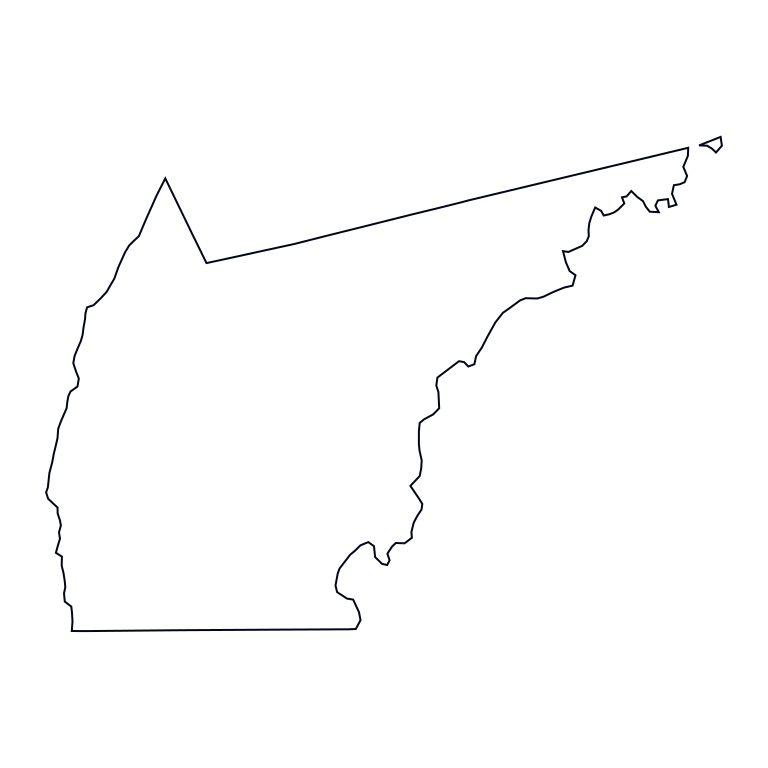 Lago Verde, Maranhão, Brazil (Robinson projection)
{"feature_id": "56859067B93982504925722", "entity_name": "Lago Verde", "entity_type": "district", "adm_level": 2, "iso_a3": "BRA", "parent_name": "Brazil", "parent_adm1": "Maranhão", "projection": "robinson", "projection_center": [-44.838, -3.983], "detail": "fine", "context": "isolated", "style": "outline", "palette": "ink", "viewbox_px": 768, "rotation_deg": 0, "n_neighbors": 0, "source": "geoboundaries", "source_scale": "gbopen_adm2", "svg_char_len": 2299}
<svg xmlns="http://www.w3.org/2000/svg" viewBox="0 0 768 768"><path d="M688.2,147.8L468.5,200.4L460.2,202.6L435.3,208.8L429.5,210.2L412.6,214.3L325.4,236.1L294.2,244.0L206.5,263.1L191.8,233.1L165.3,178.4L156.7,195.3L146.0,219.3L138.9,236.1L133.6,241.1L129.3,245.3L125.0,252.4L118.3,267.3L114.4,278.5L110.2,285.6L106.8,291.7L101.1,297.9L93.6,305.2L87.1,307.3L85.5,313.1L85.0,319.4L83.5,327.6L82.6,334.9L80.9,340.9L77.4,349.0L74.6,355.9L73.3,363.2L76.1,371.7L78.8,378.5L77.5,386.5L70.5,391.5L68.3,396.3L67.3,402.1L66.6,408.3L64.2,413.8L61.1,420.9L58.2,428.8L57.5,438.2L55.7,446.1L53.9,453.3L52.3,461.9L49.4,473.0L47.9,487.2L46.1,492.4L48.1,498.7L53.6,503.9L57.5,507.5L57.7,513.7L59.8,519.8L60.9,525.4L59.0,532.4L60.0,538.7L57.7,546.2L55.9,552.8L61.9,556.6L61.7,565.7L63.5,573.0L64.7,580.8L65.3,587.2L64.0,593.4L64.8,601.6L71.3,606.6L72.0,612.7L72.5,621.6L71.8,631.0L85.0,631.1L181.7,630.2L285.7,629.6L348.3,629.3L355.8,629.0L360.5,620.2L359.0,612.2L356.1,606.0L353.2,599.6L347.0,598.6L337.1,592.1L335.5,585.5L337.7,573.6L339.5,568.6L350.1,554.8L354.8,550.9L360.5,545.3L368.3,542.1L374.0,546.2L375.1,557.1L382.1,563.9L387.2,565.0L389.6,560.3L387.4,553.7L392.0,546.6L395.8,543.0L404.6,543.3L411.9,537.8L411.4,532.1L413.7,522.7L417.6,515.4L421.5,509.6L422.3,503.9L418.6,498.0L414.4,491.8L410.4,485.9L419.7,476.0L421.2,468.5L421.7,460.4L419.5,450.4L418.9,444.1L418.9,431.2L419.7,423.0L423.9,419.4L433.2,414.4L439.2,408.2L438.4,392.0L436.3,385.6L437.4,377.6L441.6,374.4L459.0,361.2L464.1,362.1L468.3,366.5L474.4,364.2L476.1,356.1L482.0,347.3L487.2,337.1L495.3,322.5L502.8,312.9L510.3,307.6L519.9,300.5L525.6,298.2L537.3,298.5L543.5,296.7L552.6,292.3L557.6,290.2L564.1,287.6L572.6,285.6L575.5,275.2L569.7,271.1L565.9,262.3L563.0,251.1L568.4,252.0L575.5,248.8L582.3,245.8L586.8,241.1L588.8,236.1L588.5,230.2L589.3,223.1L591.4,216.4L595.2,207.5L601.2,210.9L603.7,215.5L609.2,214.3L613.7,212.6L617.8,209.9L624.3,203.5L622.0,197.3L626.6,196.4L631.3,191.0L637.3,197.0L643.0,201.1L645.8,206.7L649.8,211.7L658.8,212.2L655.4,205.8L657.9,200.4L668.0,199.1L668.9,207.0L676.5,204.7L672.0,193.8L673.9,185.2L679.6,184.3L684.6,182.2L687.1,176.0L683.3,166.9L687.9,155.8L688.2,147.8ZM716.0,152.5L721.9,145.7L720.6,136.9L699.1,145.4L707.1,145.7L711.8,148.5L716.0,152.5Z" fill="none" stroke="#020617" stroke-width="2"/></svg>